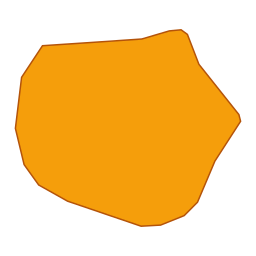 the district of Ngulu, Federated States of Micronesia
{"feature_id": "79324940B42165526441139", "entity_name": "Ngulu", "entity_type": "district", "adm_level": 2, "iso_a3": "FSM", "parent_name": "Federated States of Micronesia", "parent_adm1": "", "projection": "orthographic", "projection_center": [137.488, 8.298], "detail": "fine", "context": "isolated", "style": "filled", "palette": "amber", "viewbox_px": 256, "rotation_deg": 0, "n_neighbors": 0, "source": "geoboundaries", "source_scale": "gbopen_adm2", "svg_char_len": 355}
<svg xmlns="http://www.w3.org/2000/svg" viewBox="0 0 256 256"><path d="M42.5,45.7L21.6,77.3L15.4,128.4L24.1,164.6L38.7,185.0L67.6,201.2L141.1,226.2L160.6,225.1L184.2,215.6L197.5,202.2L214.9,161.1L240.6,121.3L238.9,114.6L198.9,64.3L187.4,34.4L181.1,29.8L169.3,30.9L141.8,39.0L90.9,42.5L42.5,45.7Z" fill="#f59e0b" stroke="#b45309" stroke-width="1.5"/></svg>